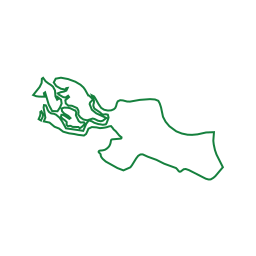 the border of Hồ Chí Minh city, rotated 144°
{"feature_id": "VNM-501", "entity_name": "Hồ Chí Minh city", "entity_type": "City", "adm_level": 1, "iso_a3": "VNM", "parent_name": "Vietnam", "parent_adm1": "", "projection": "natural_earth1", "projection_center": [106.809, 10.754], "detail": "fine", "context": "isolated", "style": "outline", "palette": "green", "viewbox_px": 256, "rotation_deg": 144, "n_neighbors": 0, "source": "natural_earth", "source_scale": "10m", "svg_char_len": 3566}
<svg xmlns="http://www.w3.org/2000/svg" viewBox="0 0 256 256"><g transform="rotate(144 128 128)"><path d="M186.7,172.2L188.3,178.5L192.2,182.8L190.7,183.8L188.8,184.9L184.3,194.1L182.5,195.9L181.2,194.7L181.5,192.6L182.3,190.1L182.5,187.7L181.7,185.2L180.7,184.1L179.6,183.1L178.4,181.1L177.3,176.5L177.4,172.2L178.4,164.2L167.7,153.8L165.9,152.0L163.1,153.7L159.2,156.0L155.2,157.2L153.3,154.6L152.2,152.0L149.6,148.5L148.0,147.0L146.5,145.4L143.8,144.0L142.9,144.4L142.7,144.4L138.7,147.0L137.5,148.0L136.5,150.6L137.9,152.2L140.0,153.3L141.0,154.6L141.4,156.9L143.8,163.5L143.1,166.2L142.0,167.5L140.8,168.4L139.6,169.9L138.4,173.7L138.0,175.6L136.9,173.5L137.0,171.4L137.8,164.4L137.9,160.1L136.6,156.8L134.1,154.0L131.3,152.2L128.5,151.5L126.5,151.7L124.5,152.9L122.6,154.5L120.6,155.6L118.0,155.1L115.9,153.3L113.2,150.0L110.9,148.2L101.9,143.8L93.2,138.4L89.4,135.2L87.5,132.2L87.9,129.2L89.2,125.2L93.1,116.5L93.9,111.0L93.5,105.1L90.9,96.9L87.7,91.9L83.8,87.6L80.2,84.8L75.5,82.0L67.5,78.5L60.9,74.1L66.5,67.5L68.3,64.3L70.6,59.1L72.0,54.5L74.3,40.5L85.7,37.7L88.2,37.5L91.3,37.8L93.1,39.0L94.9,41.3L103.5,58.2L105.4,60.9L107.2,61.9L111.1,61.8L112.1,62.5L112.4,63.8L112.4,65.5L112.7,67.4L119.7,77.8L123.7,85.5L128.9,93.2L131.6,98.0L133.5,99.3L136.1,99.5L139.2,98.6L146.8,95.5L149.2,94.8L156.6,96.4L160.1,101.8L165.7,113.9L166.6,117.8L166.7,119.9L166.4,121.3L166.2,121.9L165.8,122.4L165.6,122.9L165.6,123.5L165.9,125.2L165.9,125.7L165.8,126.0L165.5,126.2L165.1,126.4L164.5,126.4L163.6,126.0L162.2,125.1L160.7,124.4L159.2,123.9L157.2,123.8L155.2,124.0L153.5,124.5L152.1,125.3L151.1,126.0L149.2,127.8L148.6,128.2L148.1,128.3L147.3,128.0L140.0,123.6L139.4,123.6L138.7,124.3L139.5,127.1L139.8,132.5L140.5,135.5L140.4,136.6L140.6,139.5L142.3,140.4L144.6,141.1L146.4,141.9L148.3,142.9L150.8,144.4L153.1,147.0L156.7,150.0L160.4,150.7L162.7,149.3L165.4,147.8L168.1,147.8L170.1,149.7L172.4,151.8L175.1,154.8L178.8,158.3L182.6,163.1L184.1,168.1L186.7,172.2ZM164.4,197.3L161.1,196.4L158.4,195.1L155.9,194.5L153.3,195.9L154.5,196.5L154.8,196.5L155.1,196.2L156.1,195.9L159.2,199.2L161.4,204.1L161.3,208.5L157.5,210.4L152.7,208.1L147.7,202.8L143.4,196.4L141.0,190.9L140.2,187.1L140.2,184.3L141.0,177.8L140.7,177.7L140.2,176.0L139.6,172.3L140.3,171.5L143.7,170.9L145.0,169.9L146.5,164.0L145.1,158.6L139.6,148.8L144.2,148.7L146.1,149.5L148.0,151.5L149.8,155.0L151.0,156.4L156.5,158.2L159.1,161.1L160.3,164.7L160.3,168.2L158.8,169.7L157.9,171.3L157.5,174.0L158.0,175.0L160.2,178.8L161.0,179.6L163.1,181.1L163.9,184.4L162.4,187.3L157.5,187.7L157.5,189.3L160.7,189.4L162.3,191.1L164.4,195.9L164.4,197.3ZM177.0,202.3L181.4,205.6L183.6,207.7L185.3,210.4L175.4,213.1L171.4,215.2L168.7,218.5L167.2,218.5L167.2,214.2L166.2,210.9L165.1,208.2L164.4,205.6L165.0,201.3L168.1,196.2L168.7,192.5L167.2,192.5L167.2,195.9L165.5,190.3L167.3,186.8L171.0,184.6L175.2,183.0L179.4,186.3L178.4,193.5L174.1,205.6L175.6,205.6L177.0,202.3ZM171.5,180.3L170.3,182.8L167.6,182.0L164.7,179.7L163.0,177.8L162.7,177.1L160.7,173.4L160.3,173.1L160.7,171.0L162.6,169.1L163.0,167.4L163.8,162.6L163.1,160.3L160.3,158.5L160.3,157.0L162.5,156.3L165.1,156.0L167.2,156.2L167.5,157.9L172.2,161.5L173.2,163.5L174.1,164.1L175.1,164.5L175.6,164.9L175.8,166.7L175.2,167.6L174.5,168.2L174.1,169.0L174.6,171.6L175.5,174.2L175.7,176.4L174.1,177.8L173.0,177.0L171.9,174.8L170.1,169.9L168.7,169.9L169.2,172.9L171.1,177.2L171.5,180.3ZM195.1,187.7L192.2,189.4L190.7,190.7L189.5,192.5L188.2,192.5L188.8,188.8L190.8,186.9L192.8,185.9L193.2,185.8L194.0,185.2L195.1,187.7Z" fill="none" stroke="#15803d" stroke-width="2"/></g></svg>